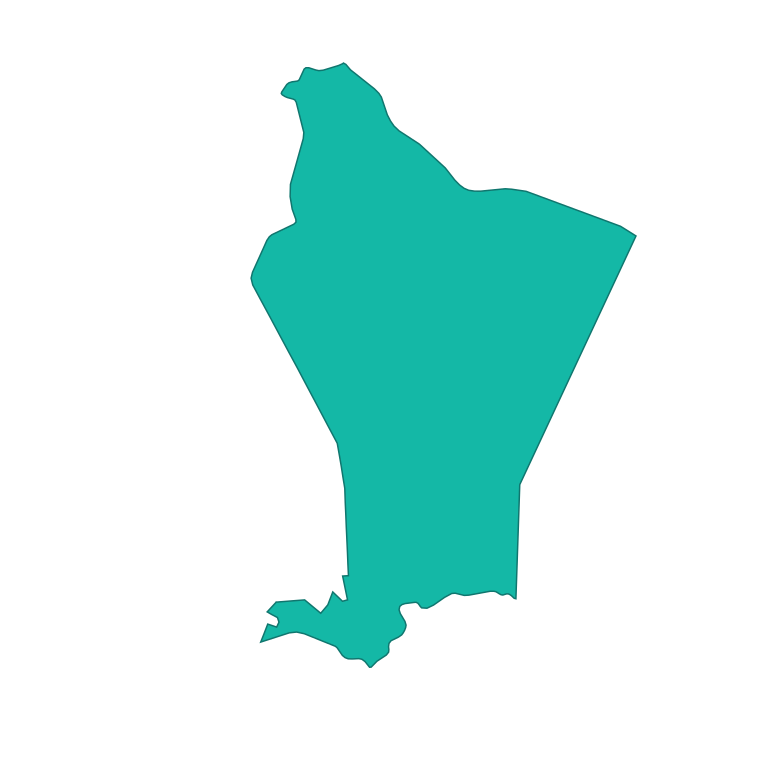 the State of Eastern Equatoria, rotated 111°
{"feature_id": "SDS-892", "entity_name": "Eastern Equatoria", "entity_type": "State", "adm_level": 1, "iso_a3": "SSD", "parent_name": "South Sudan", "parent_adm1": "", "projection": "natural_earth1", "projection_center": [34.12, 4.76], "detail": "fine", "context": "isolated", "style": "filled", "palette": "teal", "viewbox_px": 768, "rotation_deg": 111, "n_neighbors": 0, "source": "natural_earth", "source_scale": "10m", "svg_char_len": 2172}
<svg xmlns="http://www.w3.org/2000/svg" viewBox="0 0 768 768"><g transform="rotate(111 384 384)"><path d="M578.9,266.7L579.5,268.6L578.7,270.4L577.5,272.1L576.5,273.8L576.3,275.8L576.9,277.2L581.4,285.6L583.5,288.2L586.0,289.6L589.4,289.0L592.5,286.5L598.1,279.4L601.2,277.0L603.7,276.5L606.6,276.5L609.5,276.9L611.9,277.6L615.1,279.8L621.1,285.4L624.4,286.4L627.7,285.6L630.2,284.3L632.7,283.6L636.2,284.7L645.3,291.2L652.9,294.5L653.6,296.0L649.9,302.3L648.9,306.0L649.4,309.1L652.1,315.2L653.4,319.0L653.4,322.3L652.3,325.6L647.0,333.3L646.3,335.4L645.7,368.9L646.9,376.7L650.3,383.3L669.1,406.6L660.2,406.5L649.8,406.5L649.4,397.1L644.0,396.7L640.2,399.8L639.4,406.5L638.6,411.4L626.4,406.5L626.2,406.5L626.2,406.3L619.6,392.5L614.0,380.7L620.7,360.9L610.3,357.3L596.5,357.3L601.7,344.9L598.6,340.7L587.8,347.6L578.1,353.8L575.7,348.5L566.1,352.7L554.7,357.6L542.1,363.1L530.7,368.1L520.2,372.6L509.0,377.5L495.5,383.2L486.1,388.7L476.5,394.2L466.9,399.9L456.1,406.4L442.1,422.5L428.1,438.5L414.1,454.6L400.1,470.6L388.9,483.7L377.5,496.9L362.0,514.8L348.8,530.2L338.6,542.0L337.9,542.5L332.8,546.0L326.8,546.8L304.5,545.5L301.3,545.3L291.9,544.8L287.6,543.8L284.7,542.1L267.2,525.5L264.5,524.2L262.0,525.2L253.6,532.4L242.7,538.8L231.1,542.9L209.4,544.9L183.9,547.3L177.9,549.0L152.4,566.9L150.7,569.1L150.6,571.1L151.2,576.9L151.1,579.4L150.7,581.6L150.5,582.6L149.6,584.0L147.9,584.1L139.2,582.1L136.9,580.7L134.8,578.1L133.9,576.4L132.1,573.2L130.5,572.2L129.4,572.1L118.6,571.4L116.7,570.2L115.7,567.5L115.3,560.1L114.8,557.1L112.8,553.2L102.9,540.5L99.7,537.3L98.9,536.9L99.3,534.1L102.7,527.9L111.9,498.7L114.5,492.9L117.1,489.3L131.6,477.3L136.2,472.1L139.6,467.1L142.3,460.6L147.4,436.9L160.3,404.3L168.3,390.9L171.1,384.8L172.6,379.4L172.8,374.4L171.5,368.6L169.4,363.0L158.3,340.8L156.4,334.6L153.2,320.4L152.0,219.7L155.5,201.8L429.3,221.2L537.2,183.9L537.4,185.7L536.0,189.1L535.5,190.9L535.4,192.8L536.1,194.5L538.4,197.4L538.8,199.2L538.5,201.4L538.1,203.3L537.8,205.0L538.1,207.1L539.5,210.7L550.7,229.1L552.6,233.3L553.8,242.6L555.3,245.7L561.5,251.0L572.6,258.5L577.9,263.5L578.9,266.7Z" fill="#14b8a6" stroke="#0f766e" stroke-width="1.5"/></g></svg>